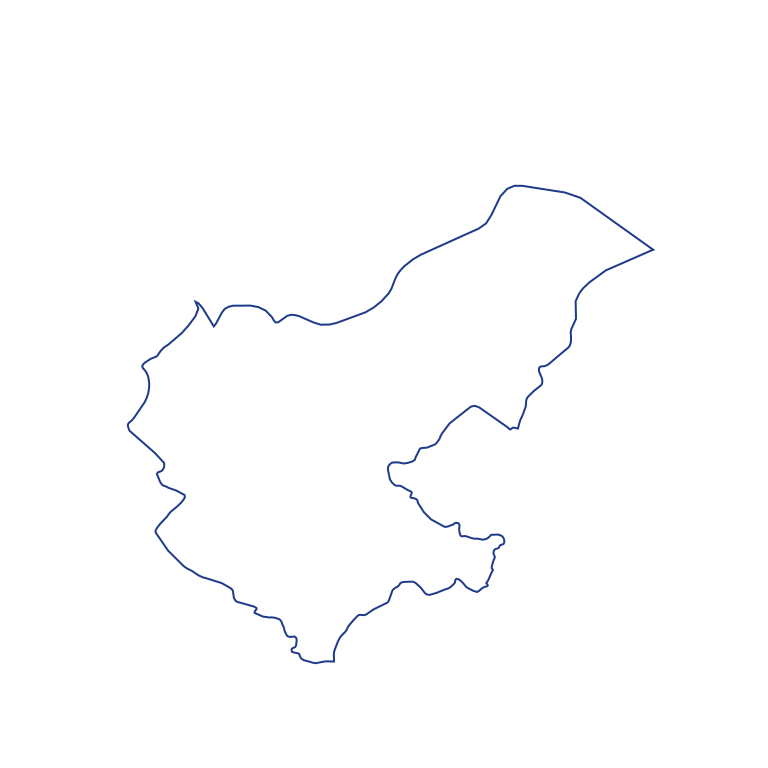 SVG path tracing the border of Faryab, rotated 37°
{"feature_id": "AFG-1745", "entity_name": "Faryab", "entity_type": "Province", "adm_level": 1, "iso_a3": "AFG", "parent_name": "Afghanistan", "parent_adm1": "", "projection": "natural_earth1", "projection_center": [65.119, 36.214], "detail": "fine", "context": "isolated", "style": "outline", "palette": "blue", "viewbox_px": 768, "rotation_deg": 37, "n_neighbors": 0, "source": "natural_earth", "source_scale": "10m", "svg_char_len": 5481}
<svg xmlns="http://www.w3.org/2000/svg" viewBox="0 0 768 768"><g transform="rotate(37 384 384)"><path d="M358.2,217.2L366.0,203.1L368.9,194.2L368.0,184.0L364.0,164.1L365.0,153.9L368.9,147.2L375.0,142.6L413.2,122.2L428.8,117.1L518.2,114.8L517.0,116.7L492.8,159.7L486.9,179.1L485.5,187.2L485.3,191.0L485.5,194.7L487.2,202.5L498.1,216.4L500.6,227.5L501.2,228.8L502.6,231.1L504.1,232.7L507.1,236.6L508.4,239.1L509.2,241.3L509.4,242.8L509.3,243.9L507.8,250.2L506.0,258.2L503.4,269.7L502.7,271.1L501.5,273.1L500.3,274.1L498.7,275.8L498.2,276.7L498.3,277.7L498.9,279.0L499.8,280.1L501.1,281.2L506.4,284.2L507.7,285.3L508.8,286.5L509.9,288.4L510.2,289.7L510.2,290.6L508.0,298.8L506.7,307.0L506.8,309.4L507.4,311.4L510.7,316.6L513.3,324.9L514.6,330.8L515.5,333.5L517.8,339.0L513.5,340.9L512.6,342.9L512.4,344.1L512.0,344.5L511.3,344.6L508.9,344.2L474.1,345.4L470.0,346.6L468.9,347.5L467.3,349.4L466.6,351.2L460.1,375.9L460.1,388.2L460.3,390.3L460.6,391.9L461.1,393.4L461.4,395.0L461.5,396.9L461.4,400.0L461.1,401.6L460.4,402.9L458.6,405.5L457.2,408.2L456.4,409.1L454.7,410.7L453.8,411.3L451.6,413.9L453.2,422.7L454.2,426.1L453.8,427.3L453.1,429.1L450.3,432.9L449.0,434.3L447.9,435.3L447.0,435.9L442.8,437.9L439.4,440.4L438.1,441.7L437.3,442.9L437.1,444.2L436.9,445.5L437.0,446.8L437.3,447.8L437.7,448.7L438.8,450.1L439.9,451.1L446.1,456.6L449.7,457.9L452.2,458.2L453.7,458.2L454.8,458.0L457.0,456.3L458.9,455.3L467.4,454.3L469.7,453.7L470.7,453.7L471.5,454.0L471.9,454.6L472.1,455.3L472.4,457.1L473.0,458.2L473.7,458.6L474.4,458.4L476.5,457.3L478.6,456.6L479.7,456.6L480.5,456.7L482.2,458.1L483.4,458.8L493.1,462.4L503.2,463.8L517.7,461.7L518.8,461.3L519.7,460.6L521.1,458.9L522.2,456.9L523.3,455.5L523.7,454.8L523.9,454.1L524.0,453.3L524.4,452.4L525.0,451.5L526.5,450.7L527.7,450.5L528.4,450.7L529.1,451.2L529.7,451.9L530.7,453.7L531.7,455.1L533.2,456.7L535.3,458.4L536.5,459.0L537.4,459.0L538.0,458.6L540.1,456.8L540.9,456.3L546.8,454.3L548.8,453.4L552.4,450.9L555.9,449.2L556.7,448.7L557.4,448.1L558.1,447.3L558.7,446.4L559.3,445.4L559.7,444.2L560.2,441.7L560.3,440.0L565.7,435.6L569.1,434.5L570.5,434.6L571.9,435.0L573.1,435.7L574.3,436.7L575.2,437.8L575.6,438.9L575.7,439.8L575.5,440.3L574.1,442.4L573.8,443.0L573.8,443.4L574.2,445.6L574.1,446.1L573.8,446.7L573.3,447.4L572.7,448.1L572.2,449.2L571.9,450.3L572.8,452.6L573.9,453.8L575.8,454.9L576.5,455.4L577.0,456.1L577.9,459.9L580.0,465.0L580.5,465.7L581.1,466.4L582.5,466.7L582.9,467.0L583.1,467.8L583.2,469.0L585.4,478.5L585.4,480.7L585.6,481.3L585.7,481.6L586.3,481.6L586.9,481.8L588.0,482.3L588.2,482.9L588.0,483.6L586.3,485.7L585.6,487.2L585.0,488.9L584.5,491.7L584.0,493.1L583.6,494.0L583.2,494.2L579.5,495.5L572.4,496.7L566.8,495.4L563.0,494.9L562.0,495.0L560.8,495.2L559.3,495.8L558.9,496.7L559.0,497.7L560.0,499.6L560.2,500.9L560.0,502.5L559.2,506.5L558.4,508.4L557.1,510.5L556.1,511.8L551.4,519.6L547.3,525.0L544.7,526.3L543.7,526.4L542.5,526.3L535.9,524.5L529.3,523.9L527.3,524.1L525.7,524.7L519.0,530.1L517.8,531.5L517.0,532.9L517.0,534.5L517.1,536.3L517.0,536.8L516.8,537.6L515.7,540.0L515.1,542.1L515.0,542.9L515.0,543.6L515.2,544.5L518.0,553.4L518.3,555.1L518.4,555.8L518.3,556.3L517.9,557.3L511.3,570.3L508.6,578.4L507.7,580.0L506.5,581.1L503.6,582.9L502.9,583.8L502.5,584.8L501.7,591.3L501.3,598.7L502.2,603.6L502.1,606.1L501.4,611.0L501.6,614.0L502.3,618.0L504.7,626.2L505.4,628.2L506.4,629.8L511.1,635.7L504.1,640.8L497.5,648.0L496.4,648.8L485.9,652.9L482.9,653.0L481.2,652.3L480.2,651.7L479.4,651.0L478.5,650.7L477.4,650.8L473.8,652.6L473.2,652.7L472.7,653.0L472.3,653.2L471.8,653.2L471.1,652.9L470.0,651.7L469.8,650.7L470.1,649.8L471.0,648.3L471.3,647.7L471.3,646.8L471.1,645.8L469.0,642.0L468.2,640.9L467.1,639.9L465.9,639.5L464.7,639.5L463.3,640.5L461.7,642.2L461.0,642.7L458.4,643.5L457.8,643.3L453.9,641.4L453.1,640.9L451.0,639.1L449.8,638.3L447.2,637.0L445.1,635.5L443.5,635.0L441.4,635.0L437.7,636.3L434.8,637.9L433.2,639.3L427.3,642.6L419.6,644.4L419.0,644.6L418.4,644.7L418.1,644.3L417.6,643.2L417.6,642.1L417.7,641.1L417.6,640.3L417.2,639.8L416.0,639.7L414.1,640.0L398.2,646.2L396.7,646.5L395.2,646.2L392.8,645.1L388.0,640.3L386.6,639.6L384.4,639.4L374.2,640.7L358.1,646.4L355.8,647.4L350.8,648.5L343.7,648.8L337.4,649.9L333.5,650.0L311.8,647.0L291.5,640.2L290.3,639.4L289.7,638.2L289.3,634.8L289.4,630.4L290.5,620.8L290.4,616.7L290.6,614.1L292.6,606.1L293.4,600.3L293.5,596.9L293.2,594.4L291.5,592.7L282.2,594.1L274.5,596.6L272.2,596.9L268.2,598.1L266.6,597.8L264.3,597.0L256.6,592.4L256.7,590.4L258.1,588.4L258.4,587.9L258.9,586.7L258.9,585.4L258.7,584.0L258.1,582.3L257.1,580.8L255.8,579.4L242.8,577.0L209.1,574.5L206.9,573.3L205.8,572.5L204.8,571.7L204.0,570.7L203.7,569.7L203.7,568.2L204.3,565.6L204.6,563.4L204.7,560.9L203.8,542.5L202.9,538.1L201.1,532.9L198.3,527.8L195.8,524.5L192.2,520.9L190.1,519.3L188.1,518.2L185.3,517.1L182.9,516.6L181.5,516.2L180.2,515.4L179.8,513.3L180.3,510.4L182.6,504.1L185.7,499.0L186.0,497.7L185.7,492.3L186.2,487.6L188.1,482.0L191.8,465.1L192.7,454.8L192.6,443.3L190.3,435.4L184.1,431.8L187.4,431.2L193.3,432.5L213.4,440.4L213.5,437.1L211.6,424.7L211.6,420.0L213.4,415.9L216.1,412.5L230.1,401.8L237.6,398.1L245.4,396.6L254.1,398.0L257.6,399.5L260.3,400.1L262.4,398.3L265.7,387.8L268.2,384.6L271.5,382.5L275.3,380.9L290.9,377.2L298.0,374.6L305.1,368.9L309.4,363.7L326.0,338.0L329.8,328.9L332.2,319.3L333.2,308.8L332.6,303.4L329.7,293.4L328.7,288.0L328.7,282.8L329.4,277.4L332.1,267.0L335.6,258.6L358.2,217.2Z" fill="none" stroke="#1e3a8a" stroke-width="2"/></g></svg>